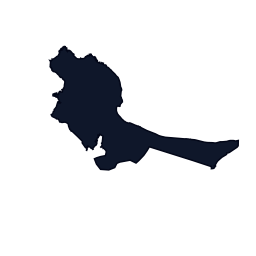 the district of Vigie, Castries, Saint Lucia, rotated 33°
{"feature_id": "8701671B50549026935963", "entity_name": "Vigie", "entity_type": "district", "adm_level": 2, "iso_a3": "LCA", "parent_name": "Saint Lucia", "parent_adm1": "Castries", "projection": "albers", "projection_center": [-60.999, 14.02], "detail": "fine", "context": "isolated", "style": "filled", "palette": "ink", "viewbox_px": 256, "rotation_deg": 33, "n_neighbors": 0, "source": "geoboundaries", "source_scale": "gbopen_adm2", "svg_char_len": 5547}
<svg xmlns="http://www.w3.org/2000/svg" viewBox="0 0 256 256"><g transform="rotate(33 128 128)"><path d="M227.3,78.4L225.3,80.4L224.2,80.7L222.9,81.3L220.5,82.9L219.4,84.0L218.1,85.5L214.5,88.3L212.7,89.5L210.3,92.3L209.2,93.2L207.1,94.2L202.3,97.1L199.5,98.4L191.3,101.2L189.9,101.8L187.3,103.2L186.6,103.3L185.7,104.0L185.0,104.2L182.5,105.5L181.6,106.2L164.5,115.4L160.8,116.8L158.1,117.6L154.3,118.0L145.1,119.9L138.7,120.6L137.5,120.4L137.1,120.8L135.8,120.7L134.3,121.4L133.7,121.4L132.2,121.8L130.7,122.0L127.3,122.6L126.2,123.1L125.9,123.6L125.7,123.7L124.9,124.0L124.2,124.0L123.5,124.3L122.7,124.4L122.0,124.2L120.8,124.4L119.3,124.0L118.1,123.9L115.0,122.9L113.5,122.6L111.3,121.8L110.9,121.4L110.3,121.1L108.8,119.8L107.4,117.6L107.0,116.7L107.0,115.9L107.3,115.3L107.8,114.9L108.9,114.6L109.3,114.3L109.4,114.0L108.9,113.2L108.6,111.9L108.8,111.3L108.9,109.8L109.1,109.2L108.2,108.0L107.7,107.6L106.5,106.9L105.5,105.9L104.6,105.6L102.2,101.0L102.0,99.6L100.8,98.4L99.3,97.5L96.4,94.2L94.3,92.5L92.1,91.0L89.9,90.7L87.7,89.9L83.4,89.1L82.5,88.7L80.3,88.5L79.0,88.1L78.2,88.1L76.7,88.4L76.4,88.3L76.2,87.8L75.2,87.3L74.8,87.4L73.8,88.0L72.7,88.2L72.3,87.5L72.0,87.9L71.5,88.1L71.4,87.3L70.9,87.5L70.4,87.5L70.4,88.1L70.7,88.3L70.3,88.7L69.4,88.8L68.5,88.2L68.4,88.3L69.1,88.8L67.0,89.4L66.2,89.4L65.8,89.0L65.8,88.4L65.3,88.0L65.0,88.1L65.2,88.3L65.2,88.8L64.7,89.0L64.3,88.5L64.3,88.0L63.9,87.7L64.0,88.2L63.8,88.1L63.7,88.2L63.5,88.3L63.0,87.7L62.7,87.5L62.5,86.9L61.5,86.2L61.5,85.8L61.2,86.6L61.5,87.0L61.5,87.4L60.7,87.4L60.3,87.2L59.0,87.3L58.7,87.0L58.0,87.2L57.7,86.9L57.7,87.1L57.1,87.3L56.8,87.1L57.1,86.7L56.8,86.4L56.4,86.4L56.2,86.8L56.3,87.8L56.1,88.0L55.7,87.8L56.0,88.7L55.1,88.9L55.1,89.3L54.6,89.3L54.2,90.2L54.2,90.9L53.6,91.3L53.7,91.5L53.9,91.5L53.6,91.9L53.7,92.8L53.5,93.0L53.4,93.4L52.9,94.0L51.2,95.3L50.3,95.2L50.3,95.5L50.6,95.7L50.8,95.5L49.6,96.7L47.7,97.6L47.1,97.7L42.9,96.9L42.5,96.6L42.7,96.0L42.3,95.6L42.2,95.6L42.3,96.2L42.2,96.2L41.1,95.7L39.7,95.4L39.1,95.1L38.6,95.2L38.3,94.9L37.0,94.8L36.7,94.8L35.9,95.8L35.7,95.8L35.5,95.4L35.1,95.6L35.3,96.6L34.7,96.2L34.3,96.6L33.8,96.3L33.5,95.0L33.1,94.3L32.7,94.3L32.1,94.8L31.5,94.6L31.2,94.3L31.3,94.0L31.7,93.7L30.3,94.2L30.1,94.5L30.4,95.5L30.3,96.1L29.8,96.3L29.5,96.0L29.5,96.5L28.7,97.8L29.2,98.0L29.0,98.5L30.2,98.3L30.1,98.5L29.6,98.9L29.8,99.0L29.6,99.3L28.8,99.6L28.3,101.1L28.6,101.4L29.1,101.5L29.3,101.3L29.5,101.5L29.4,102.3L29.8,102.6L29.8,102.9L30.1,103.3L29.9,103.6L30.1,105.9L29.4,106.8L29.0,108.3L28.2,110.2L27.4,111.5L26.9,111.5L27.3,112.3L27.2,112.9L27.1,113.2L26.7,113.2L26.7,113.8L25.9,114.0L27.1,114.6L27.1,114.9L27.7,115.8L28.2,117.0L28.6,117.2L28.7,117.8L29.1,118.1L29.1,118.6L29.4,119.0L29.7,119.2L30.2,119.3L30.8,119.0L31.2,119.8L31.4,119.9L32.0,119.8L32.5,120.8L32.9,121.0L34.6,121.3L36.1,120.7L37.8,120.6L39.5,121.1L41.5,121.4L42.5,122.0L43.3,122.2L44.0,122.2L44.1,121.9L44.5,121.7L45.5,121.8L46.7,122.5L48.7,122.7L50.0,123.6L51.3,126.7L52.0,127.8L52.4,129.3L52.2,129.6L52.3,129.9L52.6,130.0L52.6,131.3L51.9,131.4L51.7,131.8L52.4,132.2L52.6,132.7L53.1,133.0L53.3,133.6L53.0,134.0L52.5,134.3L52.2,134.6L51.3,134.1L50.7,134.7L50.7,135.1L51.1,136.1L50.5,136.8L50.5,137.0L51.0,137.5L51.7,137.6L51.7,137.9L51.2,138.7L50.9,138.8L49.9,138.4L49.3,138.6L49.0,138.0L48.6,139.2L48.1,139.1L48.6,138.7L48.1,138.5L46.7,140.5L46.9,140.8L47.4,140.1L47.6,140.6L48.2,140.1L48.5,140.9L48.2,141.3L47.8,141.5L47.9,141.0L47.5,141.2L47.3,141.0L47.2,141.3L47.6,141.7L47.9,141.8L48.9,140.9L48.8,141.5L48.5,141.8L49.1,141.0L49.5,141.1L50.3,140.8L50.5,140.9L50.6,141.2L51.4,141.0L51.9,140.3L52.1,140.2L52.7,141.0L53.5,141.2L53.7,141.6L54.1,141.6L54.5,142.0L55.3,142.2L55.7,142.8L55.6,143.3L56.7,143.4L57.0,143.9L57.7,143.7L57.6,144.3L56.5,144.7L56.0,144.4L55.6,143.8L55.2,143.8L55.0,144.0L55.2,145.3L56.5,149.7L56.3,150.5L56.3,151.5L56.0,152.6L56.8,153.6L56.8,154.3L56.4,154.7L57.2,157.3L56.3,158.5L57.1,159.2L58.2,159.6L62.6,159.0L63.0,159.3L64.5,158.4L64.8,158.7L65.7,158.8L67.4,160.1L68.0,159.8L69.6,159.3L71.5,157.7L72.4,157.2L75.0,156.9L76.1,157.6L77.3,158.9L79.9,160.8L81.6,161.2L81.9,161.5L82.1,161.6L82.5,161.1L90.1,162.5L96.8,163.9L97.2,164.2L97.5,165.1L97.8,165.5L103.0,167.6L103.5,167.1L105.0,168.2L105.2,169.2L105.5,169.2L105.3,168.1L103.6,166.9L104.5,167.3L104.8,166.6L104.8,166.0L103.9,165.7L104.2,164.9L106.3,164.7L108.4,165.1L109.2,164.7L110.1,165.1L110.3,164.7L109.4,164.1L109.8,162.8L109.6,162.6L109.8,161.3L110.5,159.9L110.4,158.5L110.2,157.8L109.6,157.0L108.7,157.1L108.7,157.3L107.9,157.1L107.9,155.2L108.7,155.1L108.9,155.6L109.1,155.6L108.9,154.9L107.9,155.0L107.7,152.3L108.2,152.2L108.0,151.5L107.7,151.5L107.7,150.5L106.7,150.5L106.6,150.0L108.2,149.9L108.2,149.7L107.8,149.7L107.7,148.5L111.5,148.5L112.0,149.7L111.4,150.0L112.1,149.8L114.6,154.8L113.6,155.5L114.7,154.9L115.3,156.1L114.7,156.3L115.3,156.2L115.6,156.8L115.9,157.4L115.5,158.8L115.9,158.9L116.3,157.6L117.0,157.9L118.1,158.0L118.3,158.6L118.8,158.2L121.8,158.9L122.2,159.2L123.1,160.5L124.1,163.5L120.7,166.8L118.1,169.9L116.6,172.1L121.2,175.4L127.5,177.6L134.7,173.6L138.4,168.4L137.9,163.7L139.7,161.0L147.3,153.8L153.8,153.0L154.8,149.3L156.1,142.3L156.3,136.4L156.1,132.1L200.1,119.9L218.4,115.1L218.7,114.9L219.0,115.4L219.8,116.0L220.1,116.7L221.5,115.6L222.0,114.8L222.1,113.7L221.1,112.7L222.1,112.3L221.3,111.1L221.2,110.3L221.4,110.2L221.2,110.2L221.1,108.5L221.2,106.6L222.7,101.3L224.8,97.0L225.0,96.3L224.4,95.2L225.4,94.5L226.3,93.3L229.9,84.8L230.1,83.5L230.0,82.8L227.3,78.4Z" fill="#0f172a" stroke="#020617" stroke-width="1.5"/></g></svg>